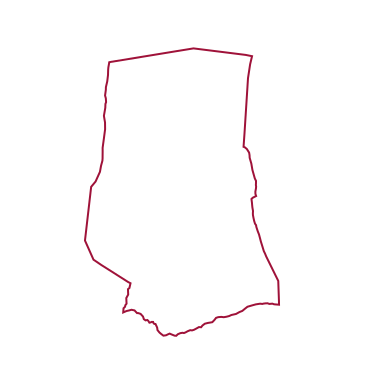 San Miguel Huautla, Oaxaca, Mexico, rotated 194°
{"feature_id": "50627088B50573678957415", "entity_name": "San Miguel Huautla", "entity_type": "district", "adm_level": 2, "iso_a3": "MEX", "parent_name": "Mexico", "parent_adm1": "Oaxaca", "projection": "robinson", "projection_center": [-97.153, 17.754], "detail": "fine", "context": "isolated", "style": "outline", "palette": "rose", "viewbox_px": 384, "rotation_deg": 194, "n_neighbors": 0, "source": "geoboundaries", "source_scale": "gbopen_adm2", "svg_char_len": 2198}
<svg xmlns="http://www.w3.org/2000/svg" viewBox="0 0 384 384"><g transform="rotate(194 192 192)"><path d="M229.6,58.5L228.3,59.5L226.7,60.7L224.3,61.9L222.2,63.1L219.1,63.2L217.6,62.2L216.0,61.2L215.0,61.5L212.4,61.3L209.4,59.3L208.7,58.2L208.0,57.0L206.0,56.2L204.4,57.0L203.4,56.5L201.7,54.9L200.5,55.5L199.7,56.2L198.3,56.5L197.5,55.3L196.6,54.9L195.5,55.1L194.2,53.5L193.0,52.0L192.1,49.7L189.6,47.8L187.6,46.8L185.0,45.7L182.5,46.7L181.0,48.0L179.4,49.2L177.7,48.9L175.6,48.6L174.1,48.4L172.5,48.7L171.4,50.5L169.2,52.2L167.2,53.1L165.7,53.2L164.3,54.2L162.6,55.8L160.3,57.5L158.5,57.7L156.7,58.8L154.6,60.7L152.6,62.6L151.5,62.8L150.4,63.0L149.6,64.9L147.7,67.3L144.9,68.8L142.8,69.7L140.8,70.6L139.3,73.2L138.2,75.7L136.3,76.9L133.4,77.9L130.9,78.2L128.4,79.3L126.0,80.6L124.0,82.2L119.8,84.3L116.9,87.0L114.4,88.8L112.2,91.8L110.4,94.1L106.1,96.6L102.9,98.4L98.9,100.1L96.7,100.4L95.6,101.0L93.8,101.7L91.8,102.3L89.9,102.1L87.0,103.1L85.2,102.9L80.3,103.7L81.3,107.4L86.8,126.6L104.4,147.4L106.3,150.0L108.0,152.0L109.5,154.5L110.7,156.5L113.2,160.6L115.1,164.1L116.7,167.0L118.7,169.8L119.7,171.4L121.2,173.8L121.8,175.3L123.2,176.5L124.7,179.0L126.1,181.8L127.3,184.4L127.8,186.1L128.2,188.3L129.7,191.7L130.5,193.9L131.2,196.0L132.6,199.6L131.7,201.1L128.8,203.6L130.0,205.5L130.6,207.7L130.8,210.9L131.1,212.8L131.7,214.2L132.0,215.8L132.6,218.3L134.3,220.3L138.7,228.0L141.3,233.9L144.3,239.1L145.1,241.7L146.1,244.0L149.2,247.0L151.7,248.2L152.9,248.3L155.3,261.9L165.2,316.0L166.5,330.0L166.6,338.3L173.1,338.0L225.3,331.7L240.4,325.2L240.7,325.1L240.9,325.0L269.9,312.5L272.0,311.6L297.3,300.7L297.6,300.6L298.7,300.1L299.0,300.0L300.5,299.3L300.9,299.2L303.7,297.9L303.7,297.6L303.6,297.3L303.3,292.7L302.9,290.2L301.8,285.2L301.0,278.8L300.9,272.9L300.3,270.2L299.7,264.6L298.3,262.1L297.1,258.4L297.3,256.5L296.5,252.7L295.9,244.6L293.2,238.4L291.5,231.9L290.4,222.3L289.4,213.2L288.6,210.1L286.9,203.0L286.5,200.7L286.6,195.5L286.2,189.3L288.1,178.8L291.1,172.6L284.1,119.0L271.2,102.5L262.5,99.3L232.2,89.2L229.6,88.6L229.5,83.7L230.6,82.2L229.1,77.0L230.1,73.2L228.5,67.8L229.3,66.0L229.2,64.5L230.3,62.6L229.6,58.5Z" fill="none" stroke="#9f1239" stroke-width="2"/></g></svg>